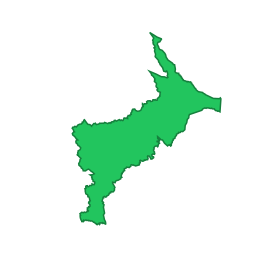 the district of Marabá, Pará, Brazil, rotated 324°
{"feature_id": "56859067B94284230308872", "entity_name": "Marabá", "entity_type": "district", "adm_level": 2, "iso_a3": "BRA", "parent_name": "Brazil", "parent_adm1": "Pará", "projection": "equal_earth", "projection_center": [-50.041, -5.525], "detail": "fine", "context": "isolated", "style": "filled", "palette": "green", "viewbox_px": 256, "rotation_deg": 324, "n_neighbors": 0, "source": "geoboundaries", "source_scale": "gbopen_adm2", "svg_char_len": 5912}
<svg xmlns="http://www.w3.org/2000/svg" viewBox="0 0 256 256"><g transform="rotate(324 128 128)"><path d="M207.4,75.4L205.0,71.6L201.7,63.5L201.7,70.4L199.5,71.5L199.0,73.5L198.3,73.7L197.7,75.4L198.0,77.0L197.7,77.7L197.2,78.6L196.3,78.2L196.1,78.4L196.1,80.2L194.7,81.3L193.7,84.5L191.9,86.3L192.4,91.1L191.6,92.6L191.8,93.6L191.2,95.8L191.5,96.6L191.3,97.6L191.5,99.4L190.3,103.0L191.5,104.7L192.6,104.5L192.9,105.0L191.8,107.9L190.5,108.7L190.0,110.5L189.1,110.4L187.6,108.1L185.1,106.1L182.6,101.2L178.7,94.7L178.8,97.8L178.2,99.0L178.8,101.3L178.6,102.4L178.8,103.7L177.7,104.8L177.9,105.1L176.7,105.9L177.2,108.2L177.0,109.1L175.3,110.6L175.0,111.6L175.3,112.9L175.1,113.9L173.8,114.2L173.8,116.1L175.2,118.1L173.9,119.2L173.4,120.1L172.8,120.3L172.6,121.0L168.9,121.5L168.0,122.6L166.9,122.0L166.7,121.0L165.7,120.9L165.5,120.3L164.8,119.8L163.6,120.7L161.9,119.9L162.0,119.0L159.8,117.6L158.5,117.7L158.0,119.1L157.6,119.2L156.4,118.8L155.5,118.0L154.8,118.3L154.2,117.9L154.0,116.9L153.5,117.5L153.6,118.2L153.0,119.4L152.5,119.0L152.0,119.7L151.2,119.7L149.1,121.1L147.2,121.0L145.5,120.0L144.5,118.2L144.6,116.6L142.9,115.6L142.4,115.7L142.3,116.3L141.2,116.4L140.7,117.2L139.3,117.5L138.9,117.8L138.6,118.9L137.2,118.6L136.7,119.2L135.5,118.0L134.0,118.7L133.3,120.2L132.8,119.8L132.5,118.9L131.4,118.5L131.3,118.0L130.6,117.6L128.4,119.0L127.8,118.7L127.2,117.4L126.1,117.4L125.9,116.1L122.6,115.6L122.2,114.2L121.2,113.8L120.3,114.6L118.7,113.5L117.9,113.5L117.6,114.0L116.7,113.2L116.2,113.6L115.6,112.6L114.3,112.6L112.3,109.7L111.1,110.0L109.8,108.8L108.7,108.3L108.1,107.5L106.5,107.6L104.4,106.6L104.4,104.9L103.7,104.9L102.9,104.3L100.4,104.9L99.9,104.5L99.6,104.9L99.2,102.9L97.6,101.3L97.6,95.7L96.9,95.7L95.5,96.8L94.5,96.4L94.1,97.2L93.5,97.0L92.8,97.4L91.1,96.5L89.3,96.1L86.9,96.8L86.0,95.4L85.0,95.6L83.8,94.9L82.7,95.4L82.8,97.1L82.3,98.6L82.4,99.6L81.6,99.3L79.7,99.8L79.2,101.2L79.9,103.7L79.8,105.3L80.3,108.1L79.0,107.5L77.8,108.4L77.2,109.6L77.6,110.6L77.3,112.8L77.9,113.8L78.1,116.3L76.6,117.4L74.1,117.2L73.9,117.7L72.8,118.4L72.6,119.2L71.3,119.7L71.1,120.3L71.7,120.9L71.5,121.6L72.1,124.9L70.8,125.3L69.2,126.9L67.2,127.8L66.4,129.4L67.1,131.7L66.7,133.1L67.2,133.8L67.1,135.3L66.6,136.3L68.6,137.8L69.4,137.6L71.8,138.0L72.3,138.9L72.8,141.7L73.3,142.5L73.8,145.2L71.9,145.0L69.8,143.7L70.4,145.5L70.0,146.7L69.5,146.8L69.5,147.7L68.9,148.1L69.2,149.3L68.3,150.8L69.4,151.8L68.9,152.9L67.6,153.8L67.1,153.9L66.0,152.1L65.3,153.0L64.6,153.1L63.4,152.1L61.9,152.4L61.2,152.1L60.9,151.5L61.2,150.8L60.4,150.3L59.6,150.3L59.1,151.0L58.9,151.9L57.4,151.8L57.1,153.1L56.4,153.7L55.3,156.2L55.3,156.9L56.1,158.3L55.2,160.0L55.8,160.3L55.6,162.0L54.9,163.4L54.7,164.7L53.9,164.6L53.4,165.2L52.8,164.8L52.0,165.5L52.1,167.9L51.1,169.0L50.2,168.5L49.9,168.5L49.7,169.2L48.0,168.8L47.7,169.7L47.0,170.2L47.4,171.6L46.7,172.0L46.0,171.3L45.2,171.7L44.0,171.4L43.2,170.3L42.2,170.4L41.1,169.0L38.7,169.1L38.3,170.8L37.7,170.8L36.6,172.7L35.9,175.0L36.1,175.8L35.6,176.5L36.8,177.5L37.9,176.5L38.4,177.5L39.3,177.4L40.0,177.8L40.3,178.6L41.7,179.4L41.8,180.2L42.7,180.4L42.9,181.2L44.0,181.8L44.5,182.8L44.8,184.1L45.3,184.4L45.5,185.8L46.1,186.7L45.8,187.3L46.2,188.1L47.9,187.9L48.2,189.4L48.9,189.1L49.3,188.2L49.6,188.3L50.8,189.1L51.1,190.0L51.9,189.7L52.3,190.9L53.2,191.5L53.1,192.4L53.6,192.5L54.6,190.8L55.1,188.2L57.0,183.9L59.0,183.1L61.6,177.6L63.5,176.0L63.2,174.2L64.3,174.0L64.4,173.4L64.0,172.0L67.0,169.6L67.3,170.1L67.8,169.5L68.6,169.4L69.2,170.7L70.2,171.0L70.8,170.5L72.6,170.8L73.5,170.6L74.3,169.8L75.2,170.1L75.8,169.7L76.1,170.2L77.1,169.6L78.1,170.8L78.8,171.0L80.7,170.2L81.3,169.0L82.5,168.4L83.1,163.6L83.7,162.8L85.4,164.7L86.5,163.9L87.6,163.7L89.5,164.5L92.3,164.8L93.3,163.8L94.0,164.2L94.1,163.3L94.9,162.2L95.6,162.0L95.9,161.2L96.7,161.4L97.1,160.7L98.4,160.8L98.9,160.2L100.2,160.5L100.3,159.7L101.1,158.8L102.6,159.4L103.8,158.8L105.9,160.8L106.9,160.5L107.6,160.7L108.8,159.6L109.4,159.8L110.0,160.9L110.7,161.1L110.9,161.9L111.5,162.4L111.9,163.2L115.5,164.5L116.7,163.0L117.2,163.4L117.7,163.1L118.2,161.4L118.7,161.3L119.0,161.3L120.0,163.2L120.9,163.8L122.2,163.9L122.5,163.5L123.4,164.4L124.0,164.3L125.3,165.2L126.5,164.2L126.9,162.6L127.6,162.2L128.7,163.4L128.5,165.8L128.2,166.4L128.5,166.8L129.3,167.2L131.3,167.1L131.7,166.3L130.9,165.0L131.5,163.7L132.8,163.6L133.8,164.8L134.5,164.6L134.8,163.5L135.3,163.1L135.3,161.9L135.7,160.7L136.9,160.3L137.2,159.2L139.1,158.7L139.9,159.0L140.9,159.6L140.9,160.6L141.3,160.6L143.0,159.0L144.6,158.8L144.2,157.0L143.5,156.2L143.9,155.8L145.7,157.0L146.0,156.7L146.3,156.2L145.8,154.0L146.9,152.3L147.7,155.6L147.7,156.9L148.9,158.0L148.6,161.8L149.5,165.8L150.9,165.6L151.8,166.7L151.9,167.7L152.7,167.6L152.7,166.4L153.4,166.8L154.3,166.0L155.3,165.7L156.0,164.8L157.5,164.4L157.9,163.6L159.9,163.9L161.0,162.8L162.8,162.5L163.6,161.5L165.4,161.9L166.3,161.3L166.6,161.9L167.6,162.3L168.7,161.9L170.2,163.1L173.0,162.8L175.8,159.5L178.5,158.3L181.0,155.9L183.1,155.5L184.4,154.0L185.6,153.2L198.2,157.1L199.4,156.5L201.9,156.9L202.8,158.0L203.5,158.0L204.6,158.8L206.6,161.1L207.4,161.2L207.6,162.2L209.1,163.3L208.9,164.4L209.3,165.7L210.0,166.1L210.4,167.2L211.1,167.4L211.9,169.0L220.3,159.0L220.4,157.9L219.2,158.0L214.4,154.2L210.1,146.3L210.2,145.7L209.3,144.2L209.3,143.2L206.3,140.0L205.6,137.4L205.9,135.7L205.5,135.1L205.8,131.4L205.5,130.6L205.9,129.0L205.5,128.5L205.8,127.5L204.8,127.0L203.8,125.5L203.4,125.7L202.8,125.3L202.5,124.2L200.7,121.9L201.1,121.3L200.9,120.7L201.1,119.6L200.8,119.2L201.2,118.4L200.9,117.6L201.3,117.3L200.8,116.2L201.1,115.7L200.6,115.3L200.7,114.2L201.2,113.6L199.4,111.9L199.1,110.0L200.9,108.3L202.9,104.2L202.1,103.5L202.1,101.6L200.3,96.5L200.5,93.1L201.5,90.8L201.7,89.1L201.3,85.3L199.8,83.0L200.1,81.0L200.5,80.3L200.8,77.8L202.0,76.5L203.0,76.3L204.3,77.0L207.3,75.8L207.4,75.4Z" fill="#22c55e" stroke="#15803d" stroke-width="1.5"/></g></svg>